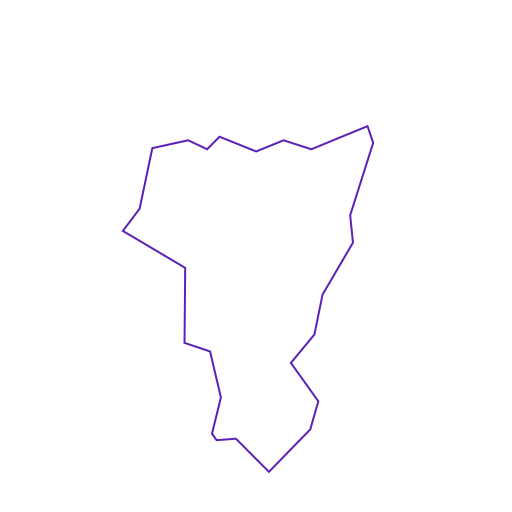 the border of Castlereagh, rotated 127°
{"feature_id": "GBR-2103", "entity_name": "Castlereagh", "entity_type": "District", "adm_level": 1, "iso_a3": "GBR", "parent_name": "United Kingdom", "parent_adm1": "", "projection": "equal_earth", "projection_center": [-5.844, 54.549], "detail": "fine", "context": "isolated", "style": "outline", "palette": "violet", "viewbox_px": 512, "rotation_deg": 127, "n_neighbors": 0, "source": "natural_earth", "source_scale": "10m", "svg_char_len": 488}
<svg xmlns="http://www.w3.org/2000/svg" viewBox="0 0 512 512"><g transform="rotate(127 256 256)"><path d="M316.1,377.4L288.3,377.4L232.2,403.7L204.4,379.8L200.2,359.3L182.7,356.9L172.4,318.8L147.0,303.6L137.5,276.1L85.2,245.1L95.1,230.5L166.8,205.3L187.0,186.6L246.8,179.6L283.6,162.1L320.4,163.8L334.5,118.8L361.8,108.3L420.6,115.8L414.0,162.1L426.8,176.6L424.4,184.2L390.1,198.9L359.9,235.2L368.4,260.8L308.1,305.4L316.1,377.4Z" fill="none" stroke="#5b21b6" stroke-width="2"/></g></svg>